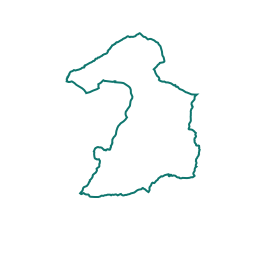 outline of Tasco, Boyacá, Colombia, rotated 228°
{"feature_id": "7082276B19242876050337", "entity_name": "Tasco", "entity_type": "district", "adm_level": 2, "iso_a3": "COL", "parent_name": "Colombia", "parent_adm1": "Boyacá", "projection": "natural_earth1", "projection_center": [-72.717, 5.898], "detail": "fine", "context": "isolated", "style": "outline", "palette": "teal", "viewbox_px": 256, "rotation_deg": 228, "n_neighbors": 0, "source": "geoboundaries", "source_scale": "gbopen_adm2", "svg_char_len": 5860}
<svg xmlns="http://www.w3.org/2000/svg" viewBox="0 0 256 256"><g transform="rotate(228 128 128)"><path d="M69.5,167.1L70.8,167.8L71.9,167.8L73.1,168.1L73.5,168.5L73.8,169.0L74.5,169.2L74.9,169.5L75.3,170.1L75.8,170.6L75.7,171.3L76.2,172.9L76.9,173.3L78.0,173.5L78.9,175.1L79.8,174.9L81.0,175.0L83.5,174.6L85.0,173.6L86.1,172.5L86.6,172.4L86.9,172.6L87.9,174.6L89.6,175.6L90.2,176.3L90.9,178.8L91.4,179.6L94.9,182.5L95.4,183.2L96.4,184.0L97.2,184.9L98.1,185.5L98.6,186.0L99.6,187.6L100.0,189.5L100.5,190.3L101.6,190.3L101.9,190.8L102.2,190.7L103.1,191.0L104.0,192.0L104.2,192.5L104.7,196.4L105.0,196.8L106.7,198.6L106.8,199.5L106.8,201.5L108.0,200.1L110.5,197.7L114.9,195.6L115.9,194.9L119.7,193.9L122.1,192.6L123.5,192.3L125.2,192.5L125.7,192.3L126.1,191.6L126.9,191.3L127.2,191.3L127.8,191.8L128.1,191.9L128.5,191.8L128.7,191.0L129.1,190.6L129.5,190.5L132.0,190.0L132.8,189.6L135.1,188.2L136.5,186.7L138.2,186.1L139.0,185.0L140.2,184.1L142.3,183.2L143.1,183.2L143.5,184.2L144.8,184.7L145.7,184.8L147.3,184.5L150.6,185.3L153.0,186.4L154.4,186.4L154.5,190.7L154.9,192.0L154.9,192.9L154.8,194.3L155.1,195.2L153.8,197.2L153.1,198.5L153.1,199.5L153.6,200.0L156.7,201.8L158.7,202.1L159.5,202.5L162.1,204.4L167.0,206.8L169.7,206.8L171.1,207.3L171.4,207.3L173.2,206.4L175.5,206.1L178.3,204.9L179.0,204.5L179.9,203.4L180.4,202.2L180.7,202.0L183.7,201.8L184.6,201.3L185.4,200.6L189.9,200.3L190.6,200.1L190.8,199.5L190.9,198.3L191.2,197.8L191.4,197.0L191.5,196.2L191.3,195.0L192.3,192.8L194.1,190.9L194.2,190.3L194.6,190.0L196.0,189.5L196.5,188.9L196.7,186.5L196.9,186.1L197.0,185.3L197.3,184.9L197.6,183.6L197.5,182.7L197.9,181.6L197.9,180.8L198.2,180.2L198.4,178.6L198.8,177.4L199.2,177.2L199.4,176.7L199.4,175.9L199.0,174.9L199.1,174.7L199.4,174.5L199.4,173.9L199.3,173.6L199.6,173.1L199.6,172.4L200.0,171.4L199.6,170.7L199.6,169.8L199.2,169.1L199.3,168.2L199.0,167.8L198.9,167.3L198.9,166.7L199.1,165.9L198.6,164.9L198.7,164.4L198.1,164.0L197.7,162.6L197.7,162.1L198.2,160.6L198.8,159.6L198.9,158.6L199.2,158.1L199.0,157.1L199.5,155.4L199.7,153.7L200.4,153.0L200.4,152.3L200.2,151.7L200.3,151.3L201.1,150.4L201.1,149.9L200.6,149.2L200.7,148.7L200.5,147.9L201.1,146.9L201.1,145.9L201.5,144.2L201.9,143.3L202.7,139.6L203.0,138.8L202.9,138.0L203.4,137.7L203.2,136.9L202.6,136.5L202.3,136.0L203.4,134.3L203.5,132.7L204.4,130.3L204.8,129.7L206.0,127.3L207.2,126.6L207.4,124.9L208.2,123.0L208.1,122.3L207.6,120.6L207.0,120.2L206.9,119.1L206.7,119.0L206.8,118.8L206.3,117.9L206.3,117.6L206.1,117.4L206.2,117.0L205.8,117.0L205.7,116.4L205.4,115.2L205.0,114.9L204.4,114.8L204.1,114.6L204.0,114.0L203.7,113.6L202.1,114.5L201.6,115.0L200.9,116.0L200.4,117.2L199.8,117.6L197.1,118.3L194.6,118.5L188.2,120.5L185.9,120.8L184.9,120.8L183.9,120.6L182.6,120.6L181.9,120.3L180.2,123.6L179.2,127.0L177.6,131.0L177.2,133.0L178.4,133.6L178.9,134.0L179.2,134.5L180.4,135.2L179.8,137.9L180.0,141.6L178.4,142.2L178.4,142.4L173.0,147.1L172.1,148.1L171.9,149.1L171.2,149.8L170.6,149.1L166.4,153.1L164.7,154.5L163.9,154.9L158.5,156.3L157.2,156.4L156.2,156.3L154.5,155.6L152.0,153.5L148.4,152.3L147.3,151.1L146.6,148.6L146.1,147.7L143.2,144.3L142.7,142.4L142.4,140.6L141.8,138.7L141.7,137.6L141.4,137.0L140.2,135.7L139.4,135.1L137.4,134.4L136.6,134.4L136.0,131.7L135.9,129.1L136.4,125.6L136.1,123.9L136.0,122.3L135.2,120.2L133.4,117.1L133.1,116.9L132.7,116.3L131.5,115.0L130.8,113.2L130.7,111.3L129.9,108.7L128.0,106.8L127.5,106.6L127.4,106.2L127.1,106.0L127.0,105.6L126.8,105.5L126.8,105.1L126.2,103.9L126.2,103.3L125.3,102.7L125.1,102.2L125.1,101.8L124.4,101.1L124.0,100.2L124.1,99.9L124.5,99.8L124.7,99.3L125.1,99.1L125.3,99.1L125.8,98.8L126.1,97.9L126.1,97.2L126.3,97.2L126.3,96.9L126.5,96.9L126.6,96.3L127.4,96.0L127.6,95.5L130.9,95.3L132.0,94.6L132.7,93.7L133.9,93.0L134.4,92.2L134.4,91.7L134.8,90.5L134.7,89.6L133.4,86.9L133.1,87.0L132.6,86.8L131.2,85.3L129.4,84.0L128.0,83.2L126.9,83.2L126.0,83.8L125.4,83.9L124.2,85.5L123.8,85.3L123.0,85.3L122.5,85.2L121.6,84.4L120.7,83.3L120.5,82.6L120.2,82.4L119.7,81.9L118.8,81.2L118.6,80.7L118.5,80.1L118.8,78.6L118.7,77.3L117.5,76.8L117.0,76.1L116.8,75.2L116.5,74.7L116.4,73.6L116.6,72.9L116.6,70.6L116.1,69.7L115.6,69.3L115.4,69.0L114.9,67.3L114.7,65.7L114.8,64.7L113.9,64.0L113.8,63.7L113.9,63.1L113.7,62.5L113.2,61.7L112.8,60.6L112.5,58.5L113.5,55.8L113.5,54.9L112.8,53.6L112.3,53.0L111.9,52.1L111.7,50.7L111.7,49.9L111.5,48.7L110.2,49.0L109.9,49.4L109.7,50.6L109.3,51.5L108.0,51.7L106.7,52.3L105.1,54.0L104.1,54.1L103.0,53.7L102.4,53.9L101.7,54.4L98.9,57.2L96.6,59.7L95.7,61.6L95.5,62.9L95.1,63.4L94.1,64.2L93.6,65.7L92.7,66.8L92.0,68.4L90.4,70.1L89.3,70.4L89.1,71.5L88.7,72.0L87.9,72.6L86.9,74.4L86.4,74.8L84.8,75.3L84.0,78.1L83.7,78.6L82.9,78.5L81.8,78.9L81.2,79.2L80.7,79.8L80.1,81.2L79.2,82.2L78.8,83.3L77.8,85.0L77.5,86.3L75.9,89.3L75.7,90.5L75.6,92.5L75.4,93.6L75.0,94.7L73.5,97.1L73.7,98.5L73.5,98.9L72.3,99.1L71.2,99.6L69.1,99.8L66.7,100.3L66.7,100.7L67.5,102.6L69.1,103.8L69.5,104.3L69.7,105.2L69.9,106.6L70.6,107.8L71.0,108.9L70.9,109.7L69.9,110.3L69.5,110.7L69.5,111.4L69.9,113.8L69.7,114.9L69.7,115.6L70.2,116.8L70.0,118.6L69.9,120.4L69.2,120.8L68.9,121.2L68.3,123.9L66.6,127.1L66.1,127.3L65.4,126.3L65.0,126.2L64.6,126.3L64.3,127.1L64.7,128.1L64.7,128.3L64.4,128.7L64.1,128.8L63.2,128.6L62.8,128.9L62.6,129.2L62.4,130.0L61.2,131.0L60.6,131.3L59.0,131.4L58.1,131.8L57.1,132.8L56.3,132.8L55.8,133.1L54.8,134.2L54.4,135.2L51.3,138.3L49.8,140.4L49.2,141.9L48.1,143.1L47.8,145.3L48.1,145.6L49.4,145.6L50.0,145.8L50.5,146.1L50.9,146.7L51.6,149.0L52.8,150.0L53.3,150.9L53.6,151.7L53.5,153.0L54.2,152.8L54.5,153.0L55.2,153.7L56.1,155.5L57.1,156.0L58.0,156.3L58.4,156.9L59.2,157.7L59.5,159.0L59.5,159.4L60.0,160.3L60.3,162.1L60.9,162.6L61.1,163.4L62.1,164.0L63.1,165.5L63.7,166.0L63.8,166.7L65.1,167.1L65.5,167.3L65.7,167.8L67.2,168.9L67.8,168.7L68.7,167.5L69.3,167.2L69.5,167.1Z" fill="none" stroke="#0f766e" stroke-width="2"/></g></svg>